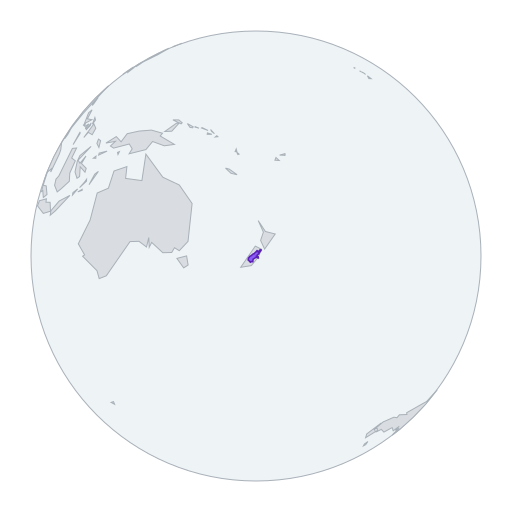 Canterbury highlighted on a globe, orthographic projection
{"feature_id": "NZL-3400", "entity_name": "Canterbury", "entity_type": "Regional Council", "adm_level": 1, "iso_a3": "NZL", "parent_name": "New Zealand", "parent_adm1": "", "projection": "orthographic", "projection_center": [172.324, -43.488], "detail": "fine", "context": "on_globe", "style": "filled", "palette": "violet", "viewbox_px": 512, "rotation_deg": 0, "n_neighbors": 0, "source": "natural_earth", "source_scale": "10m", "svg_char_len": 6872}
<svg xmlns="http://www.w3.org/2000/svg" viewBox="0 0 512 512"><circle cx="256" cy="256" r="225" fill="#eef3f6" stroke="#a8b0b8"/><path d="M284.9,153.6L285.2,155.1L284.8,155.3L284.9,153.6ZM399.7,429.5L400.8,428.6L392.2,435.3L393.7,433.4L399.2,428.3L395.3,430.3L399.2,426.3L393.2,430.8L392.1,427.6L383.9,432.1L381.3,429.4L375.7,432.1L377.4,430.1L377.3,428.6L374.8,429.0L383.2,421.9L393.9,417.2L397.0,417.7L399.4,414.8L406.9,414.5L406.7,412.7L419.9,405.2L426.6,401.5L437.2,389.9L425.8,404.1L413.2,417.3L399.7,429.5ZM368.9,78.6L367.4,75.8L371.2,78.7L368.9,78.6ZM364.5,73.4L365.5,74.5L364.3,73.4L364.5,73.4ZM362.4,72.2L363.9,73.1L362.2,72.3L362.4,72.2ZM359.5,70.9L361.0,71.5L360.9,71.6L359.5,70.9ZM354.8,68.3L353.6,67.6L354.9,67.8L354.8,68.3ZM366.7,434.0L381.3,422.9L374.2,429.0L375.5,431.6L365.6,437.7L366.7,434.0ZM367.9,441.5L365.7,444.6L363.4,445.9L364.4,444.0L367.9,441.5ZM133.4,67.0L129.7,69.6L122.6,74.5L126.7,71.5L133.4,67.0ZM108.1,86.1L108.3,86.1L102.5,92.1L82.9,113.7L71.6,127.6L69.7,130.7L68.2,131.9L61.6,142.4L60.8,149.6L59.2,154.3L50.7,172.1L51.4,168.8L47.3,172.1L43.2,185.3L46.2,185.9L47.0,194.5L43.3,197.5L42.8,190.6L41.5,191.5L44.2,180.6L46.6,173.0L53.8,156.6L62.4,140.8L72.1,125.8L83.1,111.6L95.1,98.3L108.1,86.1ZM111.1,402.4L113.5,401.6L114.6,404.3L111.1,402.4ZM77.8,191.9L82.2,189.3L82.2,190.3L77.8,191.9ZM72.9,192.6L77.7,188.9L72.5,195.1L72.9,192.6ZM79.6,187.6L84.5,182.1L86.6,179.2L86.5,181.2L79.6,187.6ZM69.9,195.4L55.3,210.9L50.2,215.2L50.9,210.7L59.2,201.0L69.9,195.4ZM50.5,211.2L43.3,213.4L37.5,205.8L39.5,200.7L46.4,198.8L45.9,202.2L50.1,202.3L50.5,211.2ZM69.8,173.0L69.3,181.3L60.8,189.1L57.2,191.9L54.6,185.3L56.0,179.1L58.8,176.0L72.4,148.4L76.6,148.0L71.7,158.0L75.3,160.8L69.8,173.0ZM80.0,133.6L73.1,144.6L80.1,131.9L80.0,133.6ZM85.4,123.4L84.7,126.2L83.4,125.1L85.4,123.4ZM67.6,134.7L64.5,138.9L65.5,137.0L70.0,130.5L67.6,134.7ZM98.1,97.6L94.3,103.0L92.3,105.5L92.8,103.6L98.1,97.6ZM255.3,246.1L261.6,249.3L258.1,257.4L251.3,265.6L240.7,267.3L255.3,246.1ZM183.7,267.9L176.9,258.4L186.6,255.9L188.1,265.0L183.7,267.9ZM260.6,240.4L263.4,232.1L258.2,220.6L265.4,231.5L275.2,234.0L264.6,249.1L260.6,240.4ZM130.0,241.6L106.3,275.8L99.2,278.6L97.0,270.7L82.6,256.2L84.6,254.9L78.3,243.8L90.1,220.1L97.2,193.0L108.4,188.2L114.0,171.0L126.9,166.6L125.6,178.4L141.9,180.6L145.9,154.1L162.8,177.2L179.3,185.0L192.1,203.5L188.0,241.4L179.3,250.7L174.5,247.7L171.7,252.5L162.8,252.7L151.7,242.4L149.2,247.3L148.8,237.5L146.5,247.0L139.0,241.3L130.0,241.6ZM225.5,168.1L229.2,169.1L237.1,174.7L231.0,173.3L225.5,168.1ZM276.0,157.5L279.2,160.5L274.9,160.2L276.0,157.5ZM284.8,155.3L279.6,155.1L284.9,153.6L284.8,155.3ZM236.7,152.2L239.1,154.1L237.9,154.6L236.7,152.2ZM235.1,151.6L236.2,148.9L236.9,151.7L235.1,151.6ZM215.2,137.0L216.8,135.7L217.9,136.7L215.2,137.0ZM89.0,184.7L94.7,174.2L98.4,171.4L89.0,184.7ZM211.9,134.3L207.2,134.3L207.4,132.9L211.9,134.3ZM211.5,131.3L210.6,129.5L214.4,133.7L211.5,131.3ZM202.1,127.6L208.1,130.5L201.5,128.0L202.1,127.6ZM199.0,128.2L195.0,127.1L195.1,126.6L199.0,128.2ZM160.2,136.0L174.4,144.4L164.3,145.8L152.6,141.5L145.9,149.6L129.1,153.8L132.2,148.8L129.3,144.0L113.6,148.1L110.4,146.0L115.5,141.3L105.9,143.1L116.3,136.6L121.1,141.8L127.2,133.7L139.0,131.1L151.4,130.1L162.5,133.2L160.2,136.0ZM117.5,152.4L119.4,151.6L118.0,154.5L117.5,152.4ZM187.4,123.6L193.2,126.8L192.7,127.8L190.0,127.4L187.4,123.6ZM164.8,131.5L176.3,123.3L179.2,123.0L171.8,131.2L164.8,131.5ZM172.9,119.9L178.8,119.9L182.2,122.8L181.1,123.9L172.9,119.9ZM96.0,156.1L95.8,158.3L93.3,158.2L96.0,156.1ZM99.2,153.1L107.1,151.1L98.6,155.1L99.2,153.1ZM78.1,160.2L80.0,163.3L86.0,156.0L81.5,163.5L86.2,168.3L85.0,172.2L80.2,166.8L79.6,176.5L77.0,178.3L75.0,172.0L77.3,161.2L79.9,155.6L91.1,146.4L78.1,160.2ZM98.9,147.5L96.9,143.4L98.5,139.1L100.6,140.6L98.9,147.5ZM92.2,134.7L88.3,132.4L83.8,137.5L93.9,123.9L95.8,128.3L92.2,134.7ZM90.4,125.4L86.0,130.1L91.2,122.9L90.4,125.4ZM85.5,129.0L86.0,125.7L88.9,123.9L85.5,129.0ZM92.4,124.2L94.9,117.5L95.5,120.0L92.4,124.2ZM87.4,118.8L91.9,119.7L84.4,123.6L88.6,112.8L92.1,109.8L87.4,118.8ZM135.9,66.7L137.5,65.2L142.0,62.7L139.6,64.4L135.9,66.7ZM158.2,54.5L143.8,61.6L132.5,68.2L133.9,67.7L127.7,72.5L127.8,71.4L138.7,64.1L146.6,59.8L151.7,56.7L159.9,52.6L164.2,50.3L169.1,48.2L167.5,49.1L158.2,54.5ZM182.1,43.2L174.5,46.0L172.7,46.7L182.1,43.2ZM166.8,49.1L165.8,49.6L166.1,49.4L166.8,49.1Z" fill="#d9dde1" stroke="#a8b0b8" stroke-width="1"/><path d="M261.1,250.1L260.9,250.3L260.8,250.5L260.8,250.8L260.7,250.9L260.7,251.0L260.4,251.3L260.2,251.5L260.0,251.8L259.9,251.8L259.7,251.9L259.6,252.1L259.5,252.3L259.4,252.6L259.1,253.2L259.1,253.3L259.0,253.5L258.9,253.5L258.9,253.8L258.7,253.9L258.6,254.0L258.4,254.1L258.2,254.4L257.8,254.4L257.7,254.5L257.4,254.8L257.3,255.0L257.2,255.1L257.2,255.3L257.2,255.6L257.2,255.8L257.2,256.0L257.3,256.3L257.2,256.3L257.3,256.4L257.4,256.5L257.2,256.5L257.3,256.6L257.5,256.6L257.7,256.8L257.8,256.8L257.8,256.7L258.0,256.7L258.2,256.8L258.2,257.0L258.3,257.1L258.2,257.2L258.2,257.4L258.2,257.5L258.1,257.4L258.1,257.5L257.9,257.6L257.9,257.4L257.8,257.2L257.7,257.1L257.8,257.2L257.7,257.3L257.7,257.5L257.8,257.6L257.6,257.6L257.4,257.6L257.3,257.4L257.2,257.3L257.2,257.2L256.9,257.3L256.6,257.3L256.4,257.4L256.8,257.2L256.7,257.1L256.5,256.9L256.4,256.9L256.3,257.0L256.2,257.0L256.2,257.3L256.1,257.5L255.9,257.5L255.7,257.6L255.3,257.8L254.7,258.2L254.6,258.3L254.3,258.4L254.2,258.5L253.9,258.7L253.7,258.8L253.4,259.1L253.2,259.1L253.1,259.5L253.1,259.8L252.9,260.0L252.8,260.3L252.9,260.7L252.9,260.9L252.9,261.0L252.9,261.4L252.9,261.6L252.8,261.8L252.7,261.8L252.4,261.6L251.9,261.5L251.6,261.6L251.4,261.6L250.9,262.1L250.6,262.2L250.5,261.9L250.4,261.7L250.0,261.7L249.8,261.7L249.7,261.7L249.5,261.3L249.4,261.0L249.3,260.8L249.2,260.7L248.9,260.7L248.7,260.5L248.6,260.4L248.4,260.1L248.3,259.9L248.2,259.9L248.2,259.7L248.2,259.0L248.2,258.9L248.3,258.8L248.3,258.7L248.5,258.4L248.5,258.0L248.6,257.9L248.8,257.6L249.3,257.3L249.3,257.1L249.4,256.9L249.5,256.8L249.6,256.7L250.0,256.3L250.0,256.2L250.3,256.1L250.7,255.9L250.8,255.8L251.0,255.8L251.3,255.5L251.8,255.1L252.1,254.9L252.4,254.5L252.5,254.5L252.8,254.4L252.9,254.2L253.1,254.0L253.3,253.9L253.5,253.8L253.8,253.8L254.0,253.7L254.3,253.7L254.4,253.4L254.5,253.2L254.8,252.9L255.0,252.7L255.3,252.6L255.4,252.4L255.6,252.3L255.6,252.2L255.8,252.0L256.0,251.9L256.1,251.7L256.3,251.6L256.4,251.4L256.5,251.4L256.6,251.2L256.8,251.0L256.8,250.9L256.9,250.7L257.0,250.6L257.2,250.8L257.3,250.8L257.5,250.9L257.5,251.0L257.5,251.3L257.7,251.5L257.8,251.5L257.9,251.8L258.0,251.9L258.1,252.0L258.3,251.9L258.5,251.8L258.5,251.7L258.5,251.4L258.9,251.1L259.0,251.1L259.3,250.9L259.3,250.7L259.6,250.3L259.8,250.2L260.0,250.1L260.1,249.9L260.2,250.0L260.3,250.0L260.3,249.9L260.7,249.9L260.8,249.9L261.0,249.9L261.0,250.0L261.1,250.1Z" fill="#8b5cf6" stroke="#5b21b6" stroke-width="1.5"/></svg>